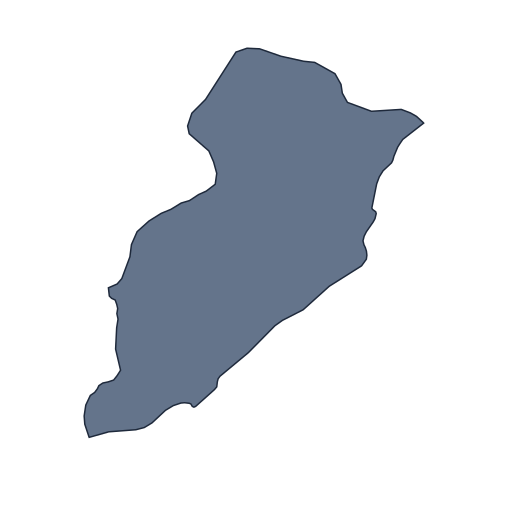 an SVG outline of Doukkala - Abda, rotated 189°
{"feature_id": "MAR-1457", "entity_name": "Doukkala - Abda", "entity_type": "Region", "adm_level": 1, "iso_a3": "MAR", "parent_name": "Morocco", "parent_adm1": "", "projection": "natural_earth1", "projection_center": [-8.625, 32.606], "detail": "fine", "context": "isolated", "style": "filled", "palette": "slate", "viewbox_px": 512, "rotation_deg": 189, "n_neighbors": 0, "source": "natural_earth", "source_scale": "10m", "svg_char_len": 1448}
<svg xmlns="http://www.w3.org/2000/svg" viewBox="0 0 512 512"><g transform="rotate(189 256 256)"><path d="M111.2,413.5L129.3,394.1L131.6,389.2L133.1,385.7L135.4,376.1L135.8,372.2L136.7,369.2L143.8,360.1L146.6,353.5L148.1,346.1L149.1,321.5L148.3,320.3L144.7,318.4L143.9,316.7L144.3,311.5L145.6,307.9L150.8,297.2L152.3,292.5L152.7,287.7L151.1,283.9L149.4,281.5L147.7,278.1L146.6,274.1L146.5,270.1L150.2,262.8L178.9,237.6L201.0,210.3L219.8,196.6L226.4,190.1L248.4,159.4L272.8,131.6L274.2,128.8L274.5,125.8L274.3,120.6L276.1,117.6L292.1,98.0L293.7,97.0L295.4,97.5L297.2,99.7L298.9,100.1L303.6,99.9L307.2,99.0L314.3,95.3L321.3,89.4L332.6,74.9L339.5,69.1L347.5,65.6L374.0,59.3L392.4,50.8L392.7,51.3L398.8,63.1L400.7,71.1L400.8,82.1L397.8,92.4L394.0,96.0L391.9,100.0L390.9,103.4L387.4,106.6L382.4,108.5L377.2,111.2L374.4,116.2L371.9,122.0L380.1,142.1L382.4,163.3L382.4,172.1L384.4,177.3L384.4,182.5L386.0,186.5L388.2,190.5L392.0,191.6L394.6,193.5L396.8,201.5L388.8,206.6L385.0,212.7L380.4,235.5L380.8,247.8L377.2,261.5L367.1,273.9L356.3,283.3L347.3,288.8L338.2,296.6L330.4,300.3L322.3,307.7L315.3,312.3L307.5,320.5L307.7,331.5L312.6,342.3L319.0,352.4L341.1,366.3L343.9,373.7L341.7,387.0L330.3,402.8L307.7,454.3L297.4,459.8L284.9,461.2L262.6,457.2L239.4,455.8L228.3,456.4L206.5,448.4L198.9,438.8L196.2,430.3L189.7,422.0L164.6,417.0L135.5,423.5L125.9,421.5L119.3,419.0L111.8,414.0L111.2,413.5Z" fill="#64748b" stroke="#1e293b" stroke-width="1.5"/></g></svg>